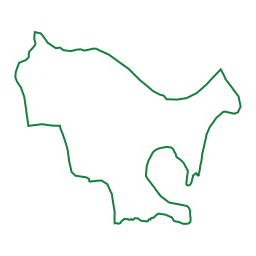 outline of Jabal Ras, Al Hudaydah, Yemen
{"feature_id": "15242507B55114277387494", "entity_name": "Jabal Ras", "entity_type": "district", "adm_level": 2, "iso_a3": "YEM", "parent_name": "Yemen", "parent_adm1": "Al Hudaydah", "projection": "orthographic", "projection_center": [43.635, 14.03], "detail": "fine", "context": "isolated", "style": "outline", "palette": "green", "viewbox_px": 256, "rotation_deg": 0, "n_neighbors": 0, "source": "geoboundaries", "source_scale": "gbopen_adm2", "svg_char_len": 3874}
<svg xmlns="http://www.w3.org/2000/svg" viewBox="0 0 256 256"><path d="M220.8,69.4L213.0,77.4L209.8,80.9L205.9,85.1L205.7,85.2L205.0,85.8L201.3,89.1L197.4,92.5L196.7,93.1L188.0,97.4L186.6,98.1L180.3,99.1L177.1,99.6L172.4,99.4L168.2,99.3L167.5,99.3L166.6,99.3L164.0,95.9L162.6,95.2L160.2,94.8L153.2,91.2L147.7,86.5L146.1,85.2L139.8,80.0L130.5,70.7L129.4,69.6L129.2,69.5L129.1,69.3L128.6,68.8L119.7,62.5L108.5,54.4L100.7,51.0L99.7,50.6L98.8,50.1L96.9,49.1L96.3,48.7L94.0,48.7L93.0,48.7L89.6,49.5L84.1,50.6L80.8,49.3L76.8,49.6L72.9,50.6L71.0,51.1L65.0,50.4L63.9,50.2L63.2,50.1L60.2,47.6L55.9,48.2L55.5,48.0L47.9,42.9L47.6,42.6L47.5,42.4L42.8,35.8L40.7,33.3L38.2,32.9L37.9,32.8L37.5,32.7L36.2,32.4L34.8,32.1L34.2,38.8L35.0,41.4L35.5,43.3L35.2,44.6L32.9,47.8L30.6,50.2L29.1,51.8L28.8,54.4L28.8,56.6L28.0,58.2L25.4,60.3L23.9,60.8L19.1,62.8L19.0,63.0L17.9,66.1L17.6,66.8L16.6,69.6L15.7,72.3L15.6,73.9L15.4,76.1L15.4,77.6L15.6,78.1L17.1,81.8L17.5,82.4L19.7,85.7L20.7,87.1L22.1,90.9L24.2,96.6L24.9,101.1L25.6,106.0L25.7,106.8L26.0,108.9L26.1,109.7L26.4,112.1L26.6,113.6L26.8,114.8L26.8,115.0L28.3,125.1L28.3,125.9L41.9,124.2L50.0,125.3L53.4,125.7L55.2,125.7L55.5,125.7L60.0,125.8L60.3,128.1L63.0,134.8L64.7,140.0L64.8,140.1L65.2,141.5L65.9,143.6L66.7,146.5L67.7,150.3L69.1,160.9L69.4,162.2L69.4,162.3L71.6,172.1L75.5,175.7L86.4,177.4L88.3,178.5L89.2,179.1L89.3,181.3L90.0,181.6L96.6,180.8L97.9,180.7L101.5,180.5L106.9,183.9L107.1,184.0L107.3,184.2L107.5,184.3L110.3,191.0L111.2,192.7L111.7,193.6L111.8,193.9L113.5,205.1L114.7,212.2L114.5,217.6L114.6,223.3L115.6,223.2L116.7,223.2L117.3,223.3L117.7,223.7L118.1,223.7L119.1,223.5L120.3,223.1L120.7,222.5L121.0,221.9L121.4,221.3L122.3,220.6L123.2,220.0L123.7,219.6L124.0,219.1L124.5,219.0L125.2,218.9L125.8,218.8L126.2,219.0L127.0,219.1L127.6,219.1L128.1,219.2L128.8,219.7L129.3,219.8L129.9,219.7L130.5,219.3L131.2,219.1L131.6,219.6L131.9,219.8L132.1,219.9L132.6,219.7L133.1,219.7L133.9,219.3L134.4,218.6L134.9,218.2L135.6,218.2L136.7,218.3L137.6,218.4L138.2,218.6L138.8,219.1L139.5,219.6L140.2,220.4L140.9,220.7L141.9,220.8L143.4,221.0L144.3,221.0L145.3,221.1L146.1,221.3L146.9,221.5L148.1,221.0L148.2,220.6L148.6,219.8L149.0,219.3L149.9,219.4L150.4,219.6L150.6,218.9L150.8,218.4L151.4,218.0L152.2,218.0L152.6,217.7L153.2,217.8L153.7,217.7L154.7,216.6L155.8,215.5L157.1,214.4L157.8,213.9L158.4,213.6L163.6,214.4L164.0,214.4L165.5,214.7L166.9,215.3L167.1,215.4L171.8,217.4L174.0,221.0L179.9,222.3L180.4,222.7L182.7,223.7L184.7,223.9L185.9,223.8L188.1,223.6L188.7,223.4L189.9,222.4L190.4,221.8L190.5,220.6L190.6,218.2L190.4,216.8L190.2,216.2L190.2,215.3L190.1,212.8L190.2,211.4L189.3,208.5L187.2,206.1L182.3,205.0L174.2,203.5L169.3,202.6L168.2,201.8L168.0,201.7L160.5,196.0L156.0,189.9L152.7,185.4L148.1,179.5L147.3,178.3L146.7,177.4L146.0,176.3L146.0,174.6L146.2,172.1L146.7,166.4L146.8,166.0L147.3,164.4L148.4,160.8L150.1,157.6L152.3,153.5L152.9,152.3L155.5,150.0L159.6,148.2L160.0,148.1L166.5,146.9L170.5,147.4L171.7,147.8L172.8,148.7L173.7,150.1L174.6,152.3L175.3,153.3L175.8,154.2L176.0,155.5L176.3,156.6L177.3,157.6L179.8,159.3L181.5,160.7L183.5,162.7L185.4,166.2L185.7,167.1L186.3,167.7L187.0,169.5L187.6,170.2L187.9,171.3L187.3,175.4L186.3,183.5L186.7,184.9L187.9,185.4L188.4,185.4L189.0,185.4L190.3,184.5L191.4,182.6L193.2,175.3L196.1,173.2L197.0,174.2L197.3,175.0L197.9,175.5L198.5,175.5L198.9,175.1L198.8,174.8L198.7,174.3L198.6,173.7L198.9,173.2L199.6,170.9L200.3,165.7L201.5,160.5L202.2,154.2L202.4,153.3L202.7,152.2L203.5,148.6L204.6,143.7L205.4,140.2L205.6,139.6L205.8,138.5L206.4,135.3L206.4,134.9L209.7,127.1L209.8,127.0L212.8,122.9L214.6,120.3L216.0,118.4L216.4,117.8L221.8,113.1L222.6,112.4L223.0,112.0L224.9,111.6L227.6,112.2L231.9,113.2L234.4,113.7L237.9,112.3L240.6,106.6L238.8,97.8L238.8,97.7L238.5,96.4L232.6,88.5L232.5,88.3L225.5,79.1L223.9,75.3L220.8,69.4Z" fill="none" stroke="#15803d" stroke-width="2"/></svg>